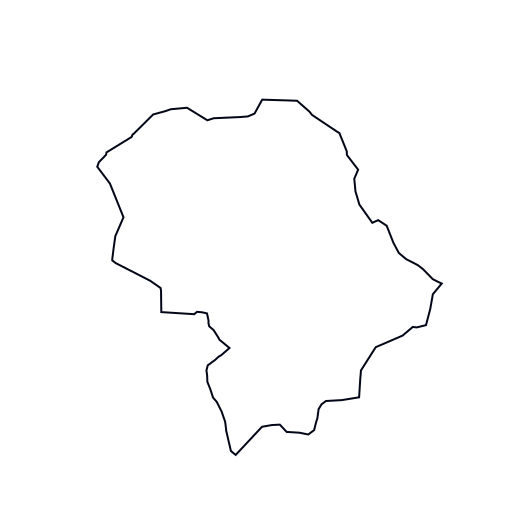 outline of Khana, Rivers, Nigeria, rotated 321°
{"feature_id": "59680162B16294292751838", "entity_name": "Khana", "entity_type": "district", "adm_level": 2, "iso_a3": "NGA", "parent_name": "Nigeria", "parent_adm1": "Rivers", "projection": "robinson", "projection_center": [7.411, 4.698], "detail": "fine", "context": "isolated", "style": "outline", "palette": "ink", "viewbox_px": 512, "rotation_deg": 321, "n_neighbors": 0, "source": "geoboundaries", "source_scale": "gbopen_adm2", "svg_char_len": 1511}
<svg xmlns="http://www.w3.org/2000/svg" viewBox="0 0 512 512"><g transform="rotate(321 256 256)"><path d="M319.8,410.1L333.2,409.8L335.9,412.6L344.6,416.7L358.1,406.8L369.4,397.0L383.0,394.3L380.9,390.0L378.8,385.2L377.5,371.3L376.0,364.9L370.7,352.9L368.9,343.5L371.1,332.2L376.6,314.7L373.5,305.0L367.3,303.4L368.7,281.1L374.0,268.3L381.0,257.8L389.7,253.2L390.2,234.7L392.4,231.8L398.2,212.9L397.0,209.7L388.3,181.5L388.4,177.5L385.6,161.2L377.9,154.5L359.2,138.4L344.5,144.4L337.5,142.4L331.2,138.1L309.8,122.3L303.6,119.9L295.7,97.4L282.1,88.3L276.5,86.3L265.2,81.3L237.4,84.1L236.5,83.9L234.3,85.2L205.0,81.4L203.1,83.0L193.0,84.2L188.8,86.7L188.1,107.7L177.4,142.5L166.3,148.3L159.1,152.1L150.1,160.5L142.3,168.0L141.5,169.0L142.5,173.2L158.2,208.7L161.7,220.8L160.4,223.1L160.2,223.4L147.1,240.0L171.0,262.0L171.2,262.3L175.1,262.3L179.0,266.2L181.8,269.8L178.3,276.6L176.9,278.1L175.4,281.2L176.4,287.0L175.5,295.1L174.9,298.1L177.5,310.8L166.6,311.2L164.3,310.8L162.2,310.8L159.5,311.0L157.2,311.0L155.1,310.8L152.6,310.8L149.7,310.6L145.5,313.7L142.7,318.3L139.0,323.2L136.7,330.7L133.5,339.0L133.7,344.6L131.4,355.2L127.7,365.4L123.7,371.9L123.2,372.4L113.8,391.7L115.0,397.8L153.2,392.5L162.0,397.4L167.9,401.7L168.4,402.1L169.1,412.0L178.5,420.6L184.3,427.6L191.6,427.9L197.3,423.6L201.7,420.6L208.3,414.4L213.6,412.5L219.1,412.7L232.0,422.0L247.2,430.7L253.1,424.3L259.7,417.1L262.7,414.0L264.6,412.0L265.5,411.0L291.7,402.2L319.8,410.1Z" fill="none" stroke="#020617" stroke-width="2"/></g></svg>